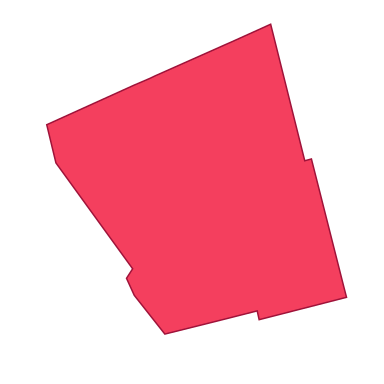 the district of Haralson, Georgia, United States of America, rotated 75°
{"feature_id": "52423323B68344767705299", "entity_name": "Haralson", "entity_type": "district", "adm_level": 2, "iso_a3": "USA", "parent_name": "United States of America", "parent_adm1": "Georgia", "projection": "mercator", "projection_center": [-85.207, 33.779], "detail": "fine", "context": "isolated", "style": "filled", "palette": "rose", "viewbox_px": 384, "rotation_deg": 75, "n_neighbors": 0, "source": "geoboundaries", "source_scale": "gbopen_adm2", "svg_char_len": 408}
<svg xmlns="http://www.w3.org/2000/svg" viewBox="0 0 384 384"><g transform="rotate(75 192 192)"><path d="M50.3,72.6L57.6,117.1L58.4,122.4L70.2,197.2L71.3,203.0L73.8,220.4L89.4,314.9L128.7,315.9L250.8,269.2L258.4,277.6L276.9,274.5L322.2,255.0L323.3,191.3L323.7,159.8L332.7,160.2L332.9,143.5L333.7,70.0L322.7,69.9L191.0,68.1L191.0,75.0L50.3,72.6Z" fill="#f43f5e" stroke="#9f1239" stroke-width="1.5"/></g></svg>